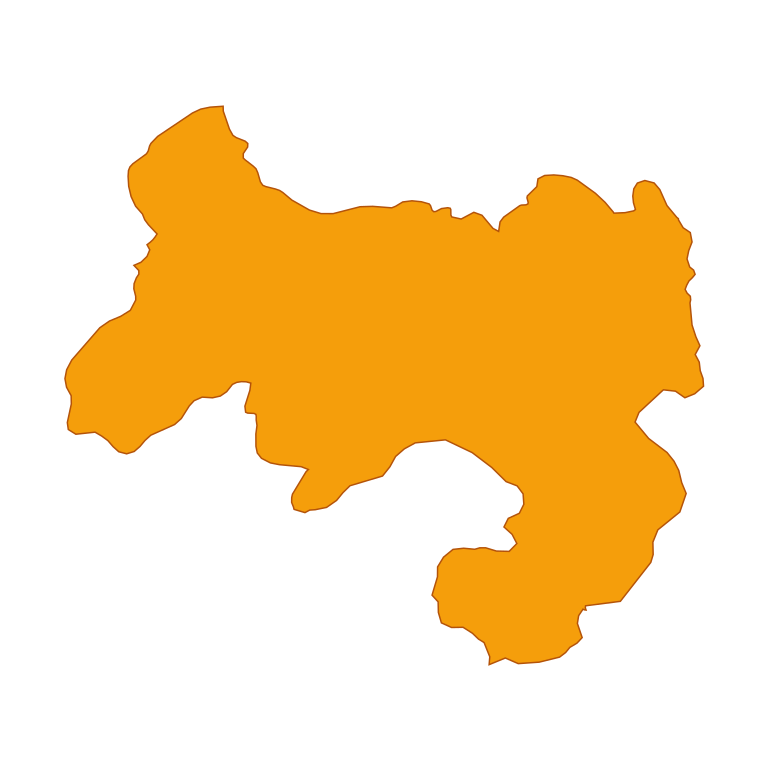 an SVG outline of Champasak, rotated 86°
{"feature_id": "LAO-3280", "entity_name": "Champasak", "entity_type": "Province", "adm_level": 1, "iso_a3": "LAO", "parent_name": "Laos", "parent_adm1": "", "projection": "natural_earth1", "projection_center": [105.911, 14.688], "detail": "fine", "context": "isolated", "style": "filled", "palette": "amber", "viewbox_px": 768, "rotation_deg": 86, "n_neighbors": 0, "source": "natural_earth", "source_scale": "10m", "svg_char_len": 3479}
<svg xmlns="http://www.w3.org/2000/svg" viewBox="0 0 768 768"><g transform="rotate(86 384 384)"><path d="M213.9,122.7L206.7,121.2L201.2,117.2L199.2,109.6L202.3,100.5L209.3,95.3L225.7,89.3L238.2,80.3L239.6,78.8L240.8,78.8L249.0,74.7L254.3,67.9L263.8,66.8L272.2,70.7L280.4,73.0L288.6,70.9L292.0,67.2L296.3,66.0L299.4,68.9L302.5,72.6L306.5,75.1L310.6,77.0L314.5,75.3L317.8,72.3L321.4,72.2L324.5,73.1L346.6,72.6L358.6,69.6L367.9,66.2L376.3,71.5L384.2,68.0L392.8,67.6L400.7,65.4L408.5,65.4L415.4,74.7L418.7,84.8L411.5,93.7L409.3,105.7L430.1,131.6L439.5,136.2L456.8,123.8L472.1,106.4L481.2,100.1L490.8,96.0L503.2,93.9L514.3,90.2L532.3,97.8L548.6,121.0L560.5,126.8L572.9,127.4L580.6,130.3L617.3,163.4L619.3,198.4L621.3,198.8L623.6,198.2L623.3,199.8L622.5,201.2L628.7,206.0L636.4,207.8L650.8,204.0L655.9,209.5L659.7,217.0L664.5,221.5L668.7,227.9L672.3,248.6L672.3,269.6L665.8,282.1L671.3,298.7L663.5,297.5L648.9,302.2L645.1,307.5L638.8,313.2L632.2,322.1L631.6,333.6L626.3,343.4L615.7,345.7L605.1,345.2L598.0,350.8L580.1,344.1L570.2,343.3L560.9,336.7L553.8,326.7L553.4,316.0L555.2,305.0L554.1,299.9L554.5,294.0L558.5,283.5L559.7,270.8L552.4,262.6L542.9,266.7L535.0,274.3L526.7,269.4L522.4,258.0L513.7,252.9L503.3,252.9L494.9,258.3L489.9,269.0L474.8,282.3L458.6,300.8L444.0,326.6L444.9,356.9L450.1,368.2L457.1,377.5L467.0,383.9L475.7,391.9L483.1,425.0L489.5,432.5L496.8,439.4L503.1,449.9L504.6,461.4L504.6,466.9L506.8,471.8L502.8,482.4L502.7,482.5L500.4,482.9L495.7,484.4L490.9,484.0L487.5,483.0L466.1,467.9L464.0,465.4L460.7,472.4L457.2,493.9L454.8,502.8L449.6,511.4L444.0,515.2L437.3,516.1L424.9,515.3L416.5,513.6L411.0,514.0L407.2,513.7L405.4,513.9L404.3,515.6L403.5,522.1L402.5,524.0L396.4,524.3L380.9,518.2L373.8,516.8L372.2,521.3L371.7,526.1L372.1,530.8L373.8,535.2L380.7,541.5L384.6,548.1L385.8,556.0L384.4,566.3L387.4,574.6L392.3,579.8L404.3,588.6L409.8,595.7L418.8,620.2L423.6,626.3L429.3,631.8L433.9,637.9L435.7,645.6L433.1,653.3L427.6,658.6L421.2,663.4L416.2,669.3L411.9,675.6L412.6,694.9L407.4,702.1L400.4,702.6L382.1,697.3L373.8,696.9L365.1,700.9L356.4,701.9L347.7,699.6L346.2,698.7L338.3,693.8L308.0,663.5L302.0,653.4L298.1,641.9L292.8,631.9L282.9,625.8L279.1,625.6L271.6,626.9L266.5,626.3L260.8,623.6L257.3,620.9L253.7,620.7L248.2,625.2L245.6,617.9L240.2,611.5L233.8,608.3L228.5,610.7L226.4,607.5L224.1,604.6L221.4,602.1L218.5,599.9L208.7,607.9L203.5,611.2L197.6,613.1L189.3,619.4L179.4,623.2L169.0,624.9L159.0,624.8L153.2,624.0L149.7,622.3L146.8,619.2L137.8,604.9L135.2,603.0L130.1,601.2L127.7,599.7L121.2,592.5L100.3,556.2L97.0,547.7L95.7,538.1L95.7,525.1L100.6,525.3L119.0,520.4L125.4,517.4L127.9,514.2L132.1,505.5L134.6,503.1L138.1,503.5L144.3,508.3L148.8,508.6L150.8,506.8L157.5,499.3L160.3,496.7L164.4,495.2L173.7,493.2L177.3,491.1L178.8,488.2L181.9,478.7L183.6,474.7L185.9,471.6L194.1,463.1L205.3,446.2L209.6,435.0L210.5,422.9L205.5,395.5L206.0,382.9L208.8,364.0L207.5,360.0L203.7,352.6L203.2,343.3L204.8,334.0L207.5,326.4L209.2,325.2L214.0,323.9L215.6,322.3L215.5,320.2L213.0,314.4L212.6,308.1L213.3,305.7L214.7,305.2L220.2,305.5L222.1,304.7L224.8,295.5L219.0,282.4L222.5,274.5L236.4,264.4L239.8,259.0L230.4,256.9L225.9,253.0L215.6,236.2L215.1,234.5L215.2,229.9L214.4,227.9L212.9,227.5L208.3,228.4L206.4,227.9L197.8,217.8L190.1,216.1L187.2,209.2L187.3,200.0L188.7,191.1L191.0,182.8L194.1,177.0L208.5,159.8L218.2,150.8L228.3,143.4L229.6,142.7L229.9,131.6L228.7,122.8L227.5,121.0L220.6,122.5L213.9,122.7Z" fill="#f59e0b" stroke="#b45309" stroke-width="1.5"/></g></svg>